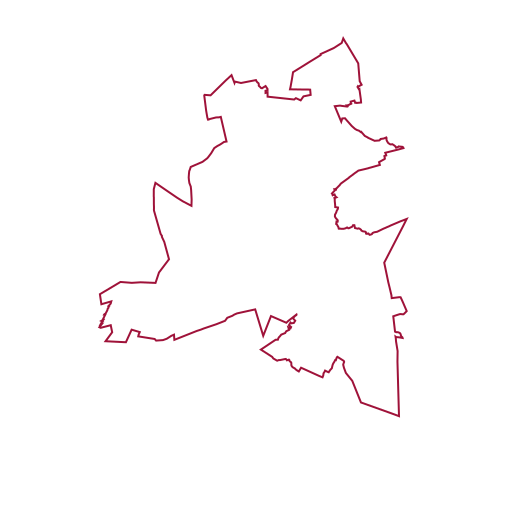 Tequixquiac, México, Mexico, rotated 76°
{"feature_id": "50627088B83518275291231", "entity_name": "Tequixquiac", "entity_type": "district", "adm_level": 2, "iso_a3": "MEX", "parent_name": "Mexico", "parent_adm1": "México", "projection": "orthographic", "projection_center": [-99.144, 19.894], "detail": "fine", "context": "isolated", "style": "outline", "palette": "rose", "viewbox_px": 512, "rotation_deg": 76, "n_neighbors": 0, "source": "geoboundaries", "source_scale": "gbopen_adm2", "svg_char_len": 6010}
<svg xmlns="http://www.w3.org/2000/svg" viewBox="0 0 512 512"><g transform="rotate(76 256 256)"><path d="M87.2,266.9L87.8,267.4L102.9,269.2L109.5,269.7L109.9,269.7L112.1,269.6L112.2,268.8L111.9,268.0L111.9,261.3L112.3,259.2L112.5,258.6L112.5,256.5L137.8,256.9L137.6,259.5L138.5,261.9L139.3,264.3L139.9,266.8L141.2,270.4L143.7,272.9L145.4,274.6L148.4,278.3L149.4,279.7L151.7,285.1L153.8,297.8L156.2,299.3L157.4,300.2L159.5,301.0L163.5,302.3L166.0,302.7L169.1,303.0L172.1,302.6L172.8,302.5L176.4,303.0L185.7,304.8L191.7,306.5L185.2,313.8L180.2,318.6L171.1,326.7L160.7,335.9L166.4,339.0L173.5,340.8L174.3,340.9L181.2,342.6L183.1,343.0L184.8,343.4L185.9,343.7L186.5,343.9L187.4,344.0L211.5,343.2L213.8,342.4L214.6,342.7L220.1,341.6L238.1,341.2L248.5,354.1L257.8,360.0L253.6,374.3L252.0,383.0L248.4,393.8L255.3,416.7L265.4,417.7L265.0,407.4L267.0,408.5L268.5,410.6L269.0,410.6L269.1,411.5L270.5,411.6L271.2,412.6L272.6,413.3L275.4,415.8L275.7,416.8L276.0,417.4L276.2,417.6L276.3,417.4L275.6,415.7L280.1,419.6L280.6,419.1L280.9,419.5L281.5,421.6L281.7,421.3L281.8,421.5L282.4,420.6L283.8,422.5L284.8,423.4L284.8,422.1L287.2,425.2L288.1,424.1L288.0,413.7L295.2,414.0L302.3,422.6L308.2,403.1L297.4,394.5L301.7,387.2L303.9,388.9L305.5,389.7L312.0,374.4L313.9,373.4L315.1,366.6L314.7,362.6L313.2,358.1L313.0,357.6L312.5,354.6L317.6,355.5L314.4,331.6L314.1,327.3L313.7,324.3L312.6,310.9L311.4,301.7L309.0,298.8L308.3,293.4L307.6,291.3L307.1,288.3L307.6,269.7L335.2,268.3L317.9,256.0L328.1,242.7L326.9,240.6L322.6,230.9L322.8,230.9L323.1,231.2L323.7,232.9L324.6,234.1L325.2,235.3L328.3,233.6L330.1,235.5L329.9,237.9L328.9,238.6L331.1,240.8L333.4,239.1L334.6,240.1L333.1,241.9L335.7,241.8L336.2,244.2L336.2,244.5L336.5,245.1L337.8,246.3L338.4,250.5L340.1,252.8L340.3,253.3L341.3,254.3L342.5,255.0L342.0,257.2L348.0,273.9L357.8,264.7L359.6,264.0L362.7,260.8L362.5,259.1L362.8,257.9L363.0,253.0L363.1,252.0L364.4,251.3L364.7,251.2L364.6,250.7L364.5,249.1L364.8,248.9L365.3,249.1L366.6,248.5L367.6,247.7L368.1,247.6L369.2,247.8L370.4,248.1L371.4,248.0L372.7,247.4L373.4,246.7L374.6,245.4L375.5,245.0L377.1,243.7L378.4,242.4L375.3,239.3L387.7,223.7L389.8,220.8L388.7,220.0L387.9,219.5L386.5,219.0L386.1,218.8L385.3,217.8L383.9,216.7L385.7,214.6L386.4,213.6L386.0,213.2L384.4,211.4L383.3,209.6L380.4,208.1L379.5,207.5L378.3,206.4L377.8,205.8L376.0,204.2L376.0,203.8L376.2,203.6L375.7,203.3L375.5,203.2L375.1,202.9L374.3,202.4L373.8,201.9L373.5,201.4L378.9,196.3L379.5,196.1L380.1,196.1L381.5,197.1L382.6,197.7L385.7,197.7L391.2,197.1L400.4,192.8L423.5,189.6L443.1,160.2L446.0,156.0L392.7,144.3L382.5,141.6L372.9,140.8L369.9,140.3L368.0,140.1L368.6,139.6L369.5,136.9L370.0,135.8L370.2,135.3L371.0,133.6L370.6,133.6L370.2,133.7L369.8,134.0L369.2,134.4L368.4,134.6L366.8,134.6L366.1,134.8L365.5,135.1L365.0,135.7L364.5,136.4L364.2,136.9L363.8,138.5L363.5,138.8L363.3,138.9L363.0,139.4L347.7,137.4L347.4,133.9L347.2,130.7L347.3,129.8L348.1,127.6L348.2,127.2L348.2,126.9L347.8,126.2L346.7,124.3L345.9,123.1L340.4,124.0L337.3,124.5L333.4,125.2L331.0,125.7L330.7,126.7L330.6,127.1L329.7,134.5L327.4,134.2L327.0,134.1L318.9,134.0L313.7,134.0L293.5,133.2L262.9,106.3L256.5,100.8L257.0,104.7L257.1,105.6L257.2,106.8L259.0,118.1L259.4,119.9L259.8,122.6L260.0,123.4L260.3,125.6L261.8,132.6L261.6,135.6L261.9,137.3L262.8,138.3L263.0,139.6L262.9,140.7L261.3,141.5L261.2,141.9L261.4,142.9L260.9,143.8L259.7,143.6L259.1,143.8L258.9,144.0L257.8,146.5L256.8,147.6L256.0,147.7L254.6,148.8L254.0,149.7L254.1,150.7L252.8,153.2L249.9,153.1L249.6,154.4L250.8,155.5L251.5,159.0L251.4,159.8L250.4,160.6L250.4,161.3L250.7,161.9L250.8,162.7L250.8,164.4L250.1,167.1L249.7,167.8L249.7,168.6L249.5,169.1L247.6,169.1L246.5,169.5L243.9,170.1L243.9,170.3L242.2,169.6L242.5,169.2L242.5,168.5L241.4,168.1L240.7,168.2L238.8,169.3L236.9,169.9L235.1,169.4L233.1,167.6L231.9,166.9L231.1,166.2L230.6,165.6L229.9,165.1L228.8,164.7L227.7,167.3L225.8,166.9L221.8,166.3L220.0,165.9L220.4,165.8L218.7,165.9L218.6,164.3L218.5,163.7L217.8,164.3L216.6,164.7L215.3,164.9L215.6,166.9L214.4,167.0L213.8,166.8L213.6,167.0L211.4,163.6L210.2,163.8L210.3,163.4L210.1,162.8L210.7,162.2L210.1,161.9L207.8,158.2L207.7,157.9L206.6,156.6L206.2,156.0L202.6,147.0L202.3,146.7L199.1,139.1L199.1,138.9L197.9,136.0L198.0,129.9L198.0,125.9L197.9,124.9L197.9,123.3L197.6,113.8L194.7,113.9L193.1,108.1L193.1,107.9L192.9,107.5L192.7,107.4L192.2,107.3L190.1,107.3L190.0,106.8L189.9,105.3L189.3,105.3L188.8,105.4L187.1,105.6L187.1,101.5L187.1,100.3L187.1,98.1L187.1,92.6L187.1,91.6L187.0,88.3L187.0,86.8L186.2,86.9L185.5,87.5L184.2,91.1L184.5,91.4L184.8,93.9L184.1,94.1L183.5,94.1L181.7,95.5L180.5,96.7L180.4,98.2L180.0,98.9L178.8,100.0L178.3,100.4L176.5,101.0L174.8,101.3L173.0,100.8L172.5,100.9L172.9,103.7L172.6,106.7L172.9,106.8L173.7,108.5L172.9,113.1L172.7,113.3L171.2,115.2L169.8,116.9L168.4,118.7L168.1,118.8L165.8,121.4L161.3,123.7L161.5,123.9L161.4,124.1L159.3,125.8L158.1,127.7L156.6,129.2L153.1,131.6L145.8,135.4L143.9,136.3L143.4,139.0L146.3,140.8L129.7,143.3L130.4,138.1L131.2,136.2L133.1,131.3L133.0,130.8L132.7,130.7L131.9,131.2L132.0,130.7L131.9,130.4L131.8,129.1L131.5,128.1L131.3,127.8L131.4,127.1L131.3,126.8L130.9,127.0L129.1,126.8L129.0,122.9L131.3,122.7L131.3,122.2L131.6,121.9L131.6,121.5L131.8,121.4L131.9,121.0L132.5,116.9L129.5,116.4L119.2,115.3L119.4,115.7L116.5,116.6L116.1,116.2L116.4,116.1L115.4,112.1L111.5,113.1L93.8,110.2L72.3,116.7L71.2,117.2L66.0,118.7L69.9,121.2L70.1,121.5L73.0,130.1L75.7,144.5L76.3,144.7L76.7,144.7L80.5,156.7L84.2,168.1L86.6,175.6L88.5,176.4L89.2,176.7L93.2,178.4L99.9,181.4L102.5,182.7L106.3,168.4L107.2,164.8L107.7,163.2L112.9,164.0L112.6,171.3L115.8,175.0L112.5,179.1L113.4,181.1L104.2,206.2L100.0,205.2L100.1,207.3L98.0,206.8L97.9,204.7L96.7,204.4L93.4,205.6L94.7,209.6L94.1,210.6L93.0,211.1L92.5,211.4L92.1,211.8L91.7,212.0L91.3,212.1L89.9,211.7L89.0,211.8L88.5,212.1L88.0,212.6L86.4,213.3L85.3,213.5L84.5,228.7L81.7,234.2L82.9,235.0L74.6,236.0L78.3,242.8L89.1,261.2L87.2,266.9Z" fill="none" stroke="#9f1239" stroke-width="2"/></g></svg>